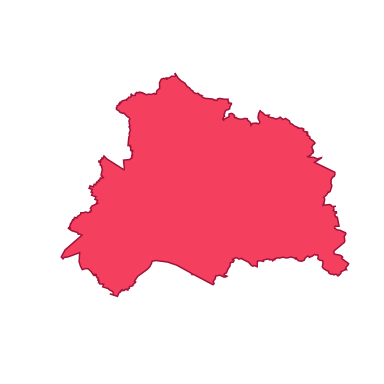 Ameca, Jalisco, Mexico (Mercator projection), rotated 165°
{"feature_id": "50627088B91562920030226", "entity_name": "Ameca", "entity_type": "district", "adm_level": 2, "iso_a3": "MEX", "parent_name": "Mexico", "parent_adm1": "Jalisco", "projection": "mercator", "projection_center": [-104.087, 20.535], "detail": "fine", "context": "isolated", "style": "filled", "palette": "rose", "viewbox_px": 384, "rotation_deg": 165, "n_neighbors": 0, "source": "geoboundaries", "source_scale": "gbopen_adm2", "svg_char_len": 5983}
<svg xmlns="http://www.w3.org/2000/svg" viewBox="0 0 384 384"><g transform="rotate(165 192 192)"><path d="M211.2,111.4L195.7,97.0L194.7,97.4L194.3,98.1L194.8,100.1L191.9,102.3L191.0,104.6L186.7,104.5L183.3,101.6L181.5,101.2L180.0,101.6L182.7,103.7L181.4,104.8L179.7,104.9L177.2,108.3L174.5,110.6L173.5,113.5L172.9,113.4L172.2,114.1L170.6,113.5L169.5,114.3L169.2,115.1L170.4,116.0L170.3,116.6L169.6,116.3L166.9,117.3L165.1,116.3L164.0,115.0L161.1,115.1L161.2,114.5L155.6,109.6L153.5,105.4L152.3,104.6L150.5,104.7L148.4,102.9L146.8,108.2L144.0,108.0L140.9,106.5L140.7,107.7L136.2,107.7L134.7,107.0L134.8,106.5L132.2,105.9L131.8,104.6L130.9,105.2L129.5,105.2L129.7,106.1L126.0,106.3L124.7,105.5L120.9,105.5L118.8,104.2L116.5,103.6L113.4,103.7L110.3,101.9L109.9,101.2L108.4,101.4L108.2,100.9L108.8,100.2L108.1,100.0L107.0,98.1L104.0,96.7L101.2,97.1L100.1,98.7L97.2,100.2L95.5,99.2L95.6,98.5L92.0,99.0L89.7,100.0L88.6,99.0L86.8,98.7L86.8,96.7L87.8,95.0L86.3,93.1L83.8,91.9L83.5,91.4L84.0,89.1L85.5,86.2L84.8,84.0L81.8,80.8L81.0,80.6L80.6,79.8L80.9,78.6L79.5,76.9L77.2,76.2L76.6,75.3L74.1,75.3L72.8,73.3L72.5,73.9L71.4,73.6L69.1,75.1L68.6,76.4L64.4,77.2L62.9,76.9L63.5,78.1L62.9,78.4L62.9,79.3L59.8,81.4L59.3,82.4L64.4,88.7L64.1,90.4L63.4,90.3L63.6,90.9L65.2,92.6L70.5,95.2L70.7,97.3L69.3,98.7L57.8,104.0L57.0,105.5L56.5,109.5L54.2,111.8L54.3,112.9L58.9,116.7L61.7,117.9L63.6,120.2L62.8,121.8L58.8,120.9L58.2,129.9L58.6,130.4L59.3,130.1L60.1,132.8L59.3,134.1L57.8,134.3L57.7,135.6L59.6,136.2L60.4,137.5L59.4,138.0L59.6,139.1L58.9,141.1L56.7,141.0L59.6,141.5L61.0,142.3L61.2,143.5L62.4,144.3L67.9,145.1L68.2,145.2L67.8,146.1L68.4,145.8L65.9,150.0L65.7,151.4L66.2,152.7L62.9,154.3L60.4,156.7L59.8,156.2L58.4,156.9L55.5,161.4L55.2,162.7L55.7,164.5L54.9,165.7L54.9,167.2L52.9,169.6L50.4,170.5L49.5,171.8L48.9,174.1L66.0,188.9L58.4,191.3L58.1,191.7L62.3,191.5L65.5,194.0L69.7,195.3L70.9,196.3L67.7,196.8L67.3,197.6L64.8,198.6L64.2,199.6L64.9,200.6L64.2,201.0L64.8,204.2L62.6,206.5L61.6,206.6L60.5,207.4L61.7,210.0L64.5,213.3L63.9,214.4L64.1,215.2L66.1,217.1L65.3,217.3L65.3,218.5L65.8,219.0L64.9,219.5L65.0,220.1L67.6,221.3L68.6,222.4L68.4,223.5L67.8,223.8L68.6,224.7L70.1,225.5L71.3,225.4L72.7,226.7L73.2,226.3L73.9,227.7L75.9,229.1L77.8,231.8L79.3,232.6L79.5,235.4L82.5,238.8L85.4,238.5L87.5,241.5L87.9,241.0L92.0,240.7L94.7,242.7L98.3,244.4L98.9,245.1L97.6,246.3L101.0,247.0L101.7,247.6L103.3,250.4L105.2,252.3L104.7,253.4L107.2,250.7L108.9,247.1L109.0,245.1L108.3,242.2L109.8,240.6L111.1,241.0L111.8,241.9L116.1,242.6L117.7,241.2L117.5,242.9L118.2,245.1L119.6,246.9L119.6,249.0L119.8,248.6L122.4,249.5L124.8,249.3L129.1,251.0L129.8,252.4L131.5,252.8L131.7,253.6L131.1,254.5L131.4,255.5L132.7,257.2L133.8,257.8L136.0,257.7L136.7,255.2L142.0,254.0L142.8,253.2L143.4,254.2L142.1,256.3L140.9,256.7L141.1,258.7L140.0,259.5L139.6,260.9L137.6,262.3L135.9,262.1L134.0,262.7L133.4,264.6L131.0,266.9L131.0,267.5L133.7,268.5L133.2,269.3L133.6,271.3L133.1,272.3L136.6,273.2L141.2,275.3L143.5,275.2L144.1,274.0L145.6,274.5L146.1,275.2L147.3,275.3L147.8,276.4L155.6,279.3L158.0,281.7L158.1,282.7L157.7,282.8L159.9,284.0L160.0,285.1L160.7,285.8L162.4,285.9L164.6,287.5L165.2,289.8L166.3,290.4L167.4,293.1L169.4,295.2L170.8,299.1L173.7,302.1L175.9,305.6L177.5,310.7L178.0,310.5L177.6,308.8L178.6,308.1L181.7,309.1L184.8,308.0L185.9,308.4L186.4,307.6L187.2,307.5L187.5,308.9L189.2,308.5L189.9,309.1L192.4,309.0L195.1,306.0L196.5,300.2L197.8,300.0L200.0,298.6L201.0,296.1L202.0,296.0L202.5,296.9L206.3,296.8L208.5,297.8L210.9,297.7L212.4,299.2L213.3,299.4L213.9,300.7L215.4,301.0L215.6,301.6L216.6,301.3L216.9,302.1L218.3,301.9L219.7,302.5L220.1,302.4L220.1,301.6L221.3,301.6L221.8,300.0L224.4,300.7L225.3,302.2L225.8,301.8L225.9,300.2L226.5,299.8L227.8,299.5L228.7,299.9L229.9,298.7L231.0,298.6L231.5,297.6L232.3,298.1L235.9,298.1L237.9,296.5L237.8,297.3L238.3,297.3L239.8,296.0L239.6,295.2L242.1,294.7L242.2,293.7L243.3,292.9L243.5,291.3L241.8,289.6L240.9,287.6L238.7,286.0L237.4,285.9L234.8,281.3L233.8,280.6L233.1,278.7L234.4,277.2L235.0,273.0L234.7,271.8L236.0,271.2L235.6,270.4L235.6,267.4L237.4,265.2L237.8,262.4L238.8,261.5L241.8,253.4L239.8,253.1L240.1,252.0L239.4,251.8L240.5,248.0L238.6,247.5L238.8,246.6L239.5,246.7L240.0,242.9L240.7,243.0L241.2,240.4L241.9,240.6L243.5,239.5L249.9,240.5L251.2,232.5L252.0,231.1L265.7,246.0L267.7,249.6L269.4,247.4L270.2,248.1L270.7,246.9L271.7,246.8L272.3,245.2L273.8,246.1L274.3,245.3L273.1,244.1L273.6,241.7L272.5,240.8L272.9,239.8L272.7,237.2L275.4,232.0L275.3,230.6L274.5,230.5L274.7,229.8L274.0,228.8L276.0,228.6L276.9,229.3L278.4,226.9L279.3,227.5L280.7,225.6L281.6,226.2L283.2,223.9L284.5,224.8L286.1,222.5L288.8,224.4L290.5,222.1L287.8,220.3L289.5,218.0L288.2,217.2L289.9,214.9L286.0,212.2L287.7,210.0L285.4,208.4L287.1,206.1L286.2,205.4L292.5,204.3L294.4,202.5L293.8,201.2L294.0,200.0L295.5,199.9L295.7,198.8L298.5,199.2L299.7,200.2L302.4,200.1L304.8,200.7L305.0,199.7L306.5,198.7L308.9,198.1L310.1,196.6L311.8,197.9L312.9,196.9L313.6,195.5L314.5,196.0L317.2,192.6L317.5,192.9L319.4,189.8L318.7,189.0L319.1,188.4L320.5,189.3L320.8,188.8L318.2,185.8L313.1,182.5L312.8,180.6L311.5,180.5L309.4,178.8L329.6,168.9L335.1,163.1L333.9,160.8L332.3,161.9L328.5,161.4L316.2,162.5L319.1,153.8L318.9,149.3L318.1,145.4L314.8,145.6L312.1,144.7L310.0,141.2L308.5,136.8L307.4,136.5L307.1,137.7L305.9,137.2L306.2,135.2L305.8,133.6L304.8,133.2L305.7,131.2L304.7,130.8L305.7,128.7L305.1,128.5L304.9,127.1L301.2,125.8L302.8,123.5L297.8,120.3L297.4,119.2L294.1,116.0L294.2,114.5L295.0,113.4L297.8,114.9L291.0,110.5L288.6,113.5L287.7,114.1L287.0,113.9L285.7,115.4L285.0,115.6L285.1,114.8L282.8,114.4L282.7,114.9L280.6,115.2L280.1,114.2L279.2,113.9L278.9,114.9L277.5,115.1L277.0,116.7L273.3,116.8L272.9,117.9L270.0,119.3L269.7,119.8L270.7,120.5L270.2,121.2L266.3,124.6L255.1,128.9L252.2,130.7L249.6,133.5L248.7,135.3L246.9,135.4L244.2,135.0L233.8,130.7L225.7,125.3L214.1,114.2L213.3,112.2L212.7,112.6L211.2,111.4Z" fill="#f43f5e" stroke="#9f1239" stroke-width="1.5"/></g></svg>